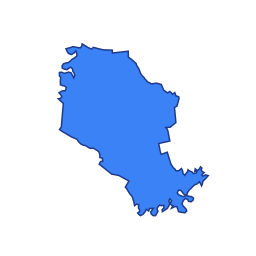 the district of Guaraciaba, Santa Catarina, Brazil, rotated 221°
{"feature_id": "56859067B68439029217006", "entity_name": "Guaraciaba", "entity_type": "district", "adm_level": 2, "iso_a3": "BRA", "parent_name": "Brazil", "parent_adm1": "Santa Catarina", "projection": "natural_earth1", "projection_center": [-53.605, -26.58], "detail": "fine", "context": "isolated", "style": "filled", "palette": "blue", "viewbox_px": 256, "rotation_deg": 221, "n_neighbors": 0, "source": "geoboundaries", "source_scale": "gbopen_adm2", "svg_char_len": 3020}
<svg xmlns="http://www.w3.org/2000/svg" viewBox="0 0 256 256"><g transform="rotate(221 128 128)"><path d="M199.8,104.3L192.9,104.1L179.0,85.0L178.7,81.9L176.0,82.1L164.8,84.2L159.1,86.0L156.1,85.2L153.2,85.0L150.6,85.6L148.4,86.9L146.4,87.2L144.5,87.4L142.8,88.1L141.0,90.2L138.6,90.4L136.6,90.8L134.4,90.9L131.9,89.5L129.8,87.2L127.6,88.4L125.2,86.3L126.7,84.8L126.0,81.8L110.0,82.5L104.0,86.1L92.5,88.6L91.2,81.6L88.9,81.3L86.8,80.5L85.0,80.0L82.8,79.3L80.2,79.1L77.7,77.7L75.0,76.0L72.1,73.7L71.7,76.1L69.5,77.1L67.7,74.5L65.6,73.8L64.3,72.4L65.0,70.3L63.2,69.9L61.2,70.0L60.1,72.5L60.1,76.0L60.8,78.6L57.9,78.9L59.0,81.3L57.5,82.6L56.2,84.0L55.9,81.6L55.8,79.5L53.9,78.3L51.5,78.4L49.7,79.9L50.2,82.4L50.7,84.7L53.1,85.9L53.6,87.9L53.7,90.4L51.8,91.3L50.4,93.1L48.4,91.2L48.7,88.9L47.2,87.4L46.3,90.2L45.6,93.0L46.0,95.5L46.8,98.6L44.8,98.4L43.1,98.8L42.5,96.1L41.1,99.4L39.5,100.7L37.2,99.4L35.0,98.0L32.8,99.1L29.4,101.4L29.2,103.9L31.0,104.9L33.5,105.2L35.6,105.3L37.7,106.6L38.7,109.6L38.6,112.3L36.2,113.2L34.2,112.4L32.1,113.5L31.5,116.0L32.5,118.1L35.0,117.9L36.8,116.7L39.4,115.4L40.7,118.1L41.1,121.3L40.8,124.6L40.6,128.2L39.1,131.4L38.9,134.3L36.7,133.5L34.5,132.6L35.3,134.8L36.6,137.2L36.2,141.0L36.2,144.7L38.7,143.5L39.9,140.7L41.7,141.0L41.2,144.3L43.3,143.9L45.3,144.3L45.9,146.2L47.7,146.3L47.3,143.2L47.9,141.3L46.9,139.0L48.6,136.6L51.0,136.8L53.5,135.9L55.3,135.9L54.4,134.0L54.4,131.8L54.1,129.5L56.5,129.8L59.2,131.8L61.2,132.4L61.5,129.3L63.7,127.1L65.5,127.8L67.7,127.7L72.1,129.0L82.5,135.5L85.7,129.8L88.9,131.9L90.4,133.1L94.7,136.4L87.9,145.6L95.9,151.9L97.7,152.9L99.8,153.2L96.6,156.4L95.5,163.6L106.4,174.0L105.4,176.6L108.8,183.7L110.3,184.9L112.8,183.7L115.9,185.4L116.5,182.7L118.5,183.0L120.4,183.1L121.1,180.6L123.5,180.1L126.4,180.1L128.9,181.5L131.5,182.7L136.1,180.4L139.4,176.5L141.6,176.3L143.4,175.5L145.1,176.0L147.5,176.1L149.3,176.7L151.2,176.7L153.4,177.0L156.2,178.5L158.8,179.8L160.7,180.4L162.5,180.9L164.2,182.0L170.7,182.1L174.2,181.7L178.2,186.1L189.0,174.3L190.9,176.5L197.6,171.0L202.6,168.3L207.0,166.2L207.4,163.5L210.8,162.6L217.8,161.4L216.8,159.8L216.4,157.5L218.3,155.9L220.9,154.5L222.9,153.4L224.2,150.9L225.7,148.8L226.8,147.1L224.3,145.9L221.8,145.2L218.9,146.3L218.0,148.8L217.9,151.9L216.0,150.9L213.9,149.1L214.3,145.8L215.3,142.9L215.5,140.5L215.9,138.3L217.6,136.2L218.8,134.1L218.5,131.6L216.8,130.0L214.2,130.9L212.4,131.9L211.9,134.1L211.2,136.2L208.6,136.2L206.8,134.6L204.7,134.1L202.6,132.7L201.9,130.3L204.5,131.3L207.3,132.3L209.6,131.1L210.9,128.9L212.2,127.3L214.8,126.5L216.2,124.9L214.1,122.5L211.9,121.9L210.4,119.8L209.1,118.1L207.3,116.3L205.4,116.9L203.5,118.1L201.0,118.1L199.8,115.1L202.0,112.8L203.2,109.3L200.5,109.0L198.4,108.1L198.5,105.8L199.8,104.3ZM39.4,115.4L41.4,112.4L44.1,111.4L46.3,110.8L48.3,111.4L49.1,114.1L47.6,115.5L45.5,115.3L42.8,114.7L39.4,115.4ZM46.8,98.6L49.2,99.5L50.0,101.9L47.5,101.8L46.8,98.6ZM47.9,141.3L50.5,141.3L49.1,139.1L47.9,141.3Z" fill="#3b82f6" stroke="#1e3a8a" stroke-width="1.5"/></g></svg>